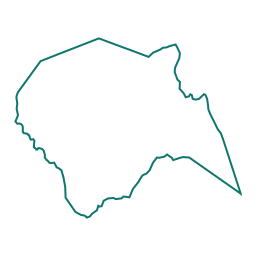 the district of Barre Denis, Anse-la-Raye, Saint Lucia
{"feature_id": "8701671B57148125008640", "entity_name": "Barre Denis", "entity_type": "district", "adm_level": 2, "iso_a3": "LCA", "parent_name": "Saint Lucia", "parent_adm1": "Anse-la-Raye", "projection": "equal_earth", "projection_center": [-60.992, 13.968], "detail": "fine", "context": "isolated", "style": "outline", "palette": "teal", "viewbox_px": 256, "rotation_deg": 0, "n_neighbors": 0, "source": "geoboundaries", "source_scale": "gbopen_adm2", "svg_char_len": 1702}
<svg xmlns="http://www.w3.org/2000/svg" viewBox="0 0 256 256"><path d="M66.2,51.1L56.2,55.0L40.6,61.1L17.9,92.3L17.1,94.5L16.6,96.1L16.5,97.4L16.4,98.0L16.5,98.5L17.1,101.9L17.3,104.0L17.1,105.2L16.8,107.2L16.7,109.2L17.1,111.0L18.0,115.2L16.1,119.9L15.4,121.5L17.3,123.7L18.7,123.5L20.6,123.9L21.8,124.7L22.7,126.3L22.8,127.6L22.8,131.9L23.7,133.1L27.5,133.8L28.3,135.0L29.2,135.3L29.8,137.7L30.7,139.6L31.7,139.6L33.3,139.2L34.4,140.8L34.1,143.2L33.9,147.3L36.6,149.3L36.5,149.5L37.3,149.6L38.3,148.1L39.2,148.1L40.3,148.4L41.6,148.8L42.6,149.5L43.3,150.2L43.8,150.9L44.1,152.4L44.7,153.9L44.9,155.1L44.8,156.6L44.8,157.5L45.6,158.5L46.3,159.7L47.3,160.4L48.5,161.6L49.2,162.7L51.0,163.1L54.1,162.6L55.2,164.4L56.6,167.3L58.8,168.3L61.4,170.2L63.5,177.6L65.2,186.9L65.6,197.7L75.4,211.9L80.9,214.9L84.7,215.6L86.9,217.6L87.2,217.3L89.7,216.6L92.2,213.6L96.9,210.3L98.3,205.8L99.6,206.6L101.6,206.2L103.8,200.6L108.2,198.4L113.7,198.0L115.7,199.1L121.5,198.4L123.4,196.5L129.5,197.3L132.8,189.1L138.4,182.0L141.7,176.4L143.3,174.9L146.6,173.5L149.7,170.1L153.0,162.7L156.9,157.5L159.1,157.8L164.3,156.7L167.1,154.5L170.2,156.7L171.8,157.8L173.2,160.1L180.1,157.8L182.9,157.1L189.2,157.5L240.1,193.2L240.6,193.6L240.4,192.7L223.0,139.1L220.9,133.4L217.8,129.3L213.9,121.4L210.2,114.0L208.4,109.5L208.0,105.0L207.1,98.8L206.4,97.2L205.3,94.7L203.8,94.3L199.2,98.8L195.5,99.6L192.7,98.8L191.8,95.1L190.3,94.3L189.1,96.3L185.7,97.2L183.6,93.1L179.6,88.9L179.9,81.9L177.4,79.5L174.7,72.1L175.0,67.9L179.3,58.1L179.9,53.1L177.4,47.8L175.6,44.5L169.5,46.1L166.7,47.4L162.8,47.8L160.6,49.4L153.0,52.7L148.6,56.9L131.3,50.4L114.7,44.3L98.8,38.4L66.2,51.1Z" fill="none" stroke="#0f766e" stroke-width="2"/></svg>